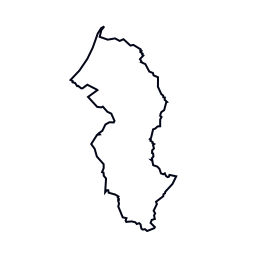 Chaiya, Surat Thani, Thailand (Robinson projection), rotated 242°
{"feature_id": "78962969B84478768396054", "entity_name": "Chaiya", "entity_type": "district", "adm_level": 2, "iso_a3": "THA", "parent_name": "Thailand", "parent_adm1": "Surat Thani", "projection": "robinson", "projection_center": [99.041, 9.444], "detail": "medium", "context": "isolated", "style": "outline", "palette": "ink", "viewbox_px": 256, "rotation_deg": 242, "n_neighbors": 0, "source": "geoboundaries", "source_scale": "gbopen_adm2", "svg_char_len": 1866}
<svg xmlns="http://www.w3.org/2000/svg" viewBox="0 0 256 256"><g transform="rotate(242 128 128)"><path d="M197.4,99.8L195.3,101.2L194.4,100.5L192.6,102.4L188.8,102.8L188.5,103.8L185.0,105.3L184.4,106.6L185.3,112.4L176.4,118.6L175.8,118.8L174.2,107.3L161.1,110.7L158.7,114.2L158.7,115.8L152.0,117.4L148.5,120.0L140.6,119.4L139.6,118.0L141.8,114.3L141.7,109.7L137.6,104.1L137.0,99.6L135.6,100.0L136.5,97.5L131.1,88.0L125.3,88.8L117.4,87.1L107.5,89.5L104.0,87.7L101.2,84.4L100.1,85.4L97.1,84.2L93.7,84.9L82.0,77.7L83.0,80.1L82.3,81.3L79.9,80.6L75.2,85.5L72.0,87.4L71.4,86.3L69.9,86.7L68.8,86.2L69.0,85.4L65.3,84.5L63.4,82.6L51.6,81.4L49.1,84.3L47.3,82.4L45.9,82.4L43.8,87.4L41.3,90.2L39.1,90.7L38.7,93.2L37.0,93.8L32.8,92.6L31.3,93.4L30.7,95.5L28.1,96.5L27.2,104.1L27.9,105.2L33.6,103.4L35.7,105.8L35.1,109.0L38.5,109.9L39.9,111.9L42.9,111.8L47.3,117.8L49.7,118.1L51.2,127.1L52.8,128.2L53.0,130.0L54.2,131.0L57.7,141.0L62.7,147.9L67.1,142.6L65.8,141.2L66.0,140.0L67.8,139.0L70.7,139.2L70.6,137.4L72.5,135.8L77.1,136.6L80.1,135.8L83.3,132.8L87.4,134.0L89.0,133.4L88.4,134.4L90.1,134.9L90.8,137.0L93.7,138.2L94.6,137.5L97.0,138.9L97.7,141.3L101.2,142.1L101.5,143.6L103.2,142.5L104.0,143.1L106.2,141.8L106.9,142.6L107.9,142.1L108.4,143.7L115.0,149.5L114.7,151.8L115.5,154.9L114.4,157.2L120.4,160.4L122.0,162.8L123.5,162.1L125.0,163.2L126.4,164.9L126.8,168.3L132.7,173.8L132.6,174.7L135.7,173.6L137.6,174.8L138.6,173.6L140.2,174.3L142.2,173.3L150.4,173.8L158.7,178.3L162.5,175.3L164.9,175.8L167.8,173.3L176.3,173.3L180.1,170.4L180.4,171.1L183.2,170.9L184.8,175.6L186.2,175.0L186.8,175.8L189.1,174.7L189.6,176.0L190.6,175.2L191.5,176.1L198.8,171.8L199.7,168.8L208.5,165.7L208.8,161.5L213.2,158.6L215.5,151.6L221.8,145.8L226.9,150.4L228.8,154.7L228.8,151.3L225.6,145.6L215.4,134.5L208.1,124.5L201.5,112.0L197.4,99.8Z" fill="none" stroke="#020617" stroke-width="2"/></g></svg>